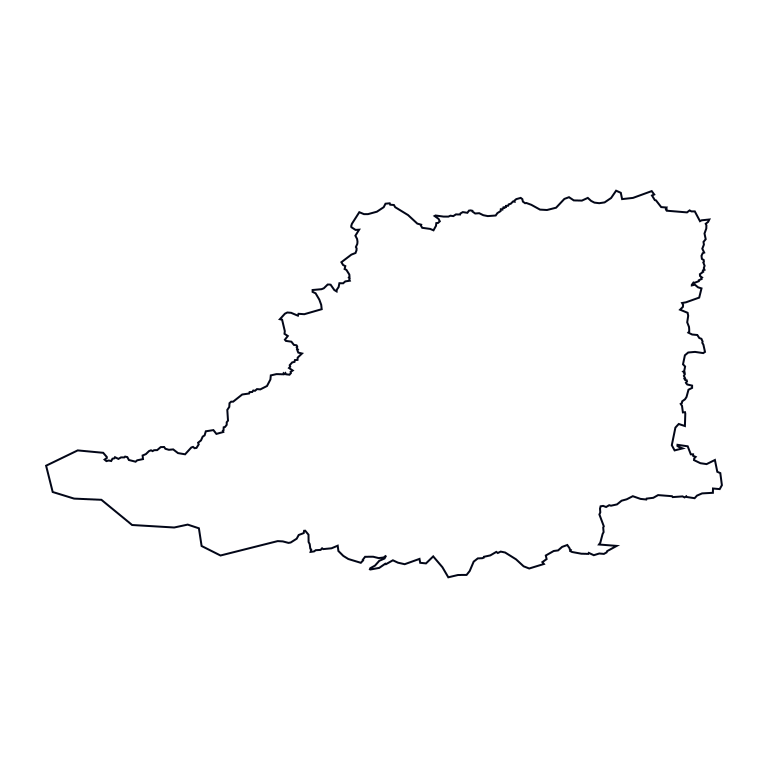 Tuam Lea-7, Galway, Ireland
{"feature_id": "5873133B37999422461820", "entity_name": "Tuam Lea-7", "entity_type": "district", "adm_level": 2, "iso_a3": "IRL", "parent_name": "Ireland", "parent_adm1": "Galway", "projection": "robinson", "projection_center": [-8.881, 53.529], "detail": "fine", "context": "isolated", "style": "outline", "palette": "ink", "viewbox_px": 768, "rotation_deg": 0, "n_neighbors": 0, "source": "geoboundaries", "source_scale": "gbopen_adm2", "svg_char_len": 6123}
<svg xmlns="http://www.w3.org/2000/svg" viewBox="0 0 768 768"><path d="M672.7,497.1L682.5,496.4L684.6,497.4L686.3,496.3L686.7,497.0L694.6,498.2L697.0,495.6L702.1,493.4L712.9,492.8L713.0,488.5L719.7,489.1L721.9,485.2L720.3,473.1L717.3,471.8L714.9,460.0L706.6,464.1L700.4,463.2L694.0,460.1L694.2,458.4L695.6,456.9L693.1,455.8L693.1,454.3L690.8,454.3L687.7,446.3L677.5,444.8L677.4,445.9L678.8,446.9L682.6,448.4L674.6,450.4L671.8,445.2L675.4,427.6L678.7,424.0L684.9,426.0L685.3,413.6L685.0,412.2L682.9,412.4L682.0,405.8L680.7,403.9L681.9,403.0L682.2,401.3L685.0,399.3L686.5,397.0L688.5,389.7L692.1,387.9L692.1,385.6L687.3,384.5L686.3,383.4L685.9,382.7L687.0,381.5L686.7,380.3L685.2,380.0L684.4,378.7L685.1,378.3L683.9,375.9L684.9,374.0L683.9,372.8L684.5,372.2L683.4,371.5L684.2,371.1L685.1,366.5L683.0,364.3L684.9,355.3L688.2,352.5L695.0,351.9L703.2,353.1L705.0,351.9L703.4,344.7L702.3,342.8L702.6,341.5L701.4,338.8L699.3,338.0L697.3,335.0L692.1,334.5L688.3,332.6L689.2,331.5L689.2,329.2L689.0,326.9L687.2,322.3L688.2,315.8L687.6,312.8L680.1,309.7L682.9,306.9L683.1,304.8L682.1,303.0L686.0,302.3L699.2,297.6L701.5,288.4L698.0,287.3L694.9,284.7L691.8,285.4L691.8,284.9L693.5,282.5L694.5,282.8L698.8,281.2L698.8,280.3L701.6,279.0L701.3,278.0L702.0,277.5L700.0,275.9L699.9,274.2L703.2,271.8L702.7,271.1L703.1,270.2L704.5,269.8L703.8,268.1L704.6,265.8L703.3,262.4L703.9,261.8L703.7,260.0L701.9,258.9L701.5,255.8L702.7,253.2L704.2,252.6L702.3,248.7L703.9,244.6L703.5,241.9L705.7,239.2L704.5,233.5L706.3,228.5L706.4,225.3L705.7,223.8L708.1,221.9L709.3,219.5L701.6,220.3L700.0,221.2L694.8,211.4L691.4,211.4L689.6,210.4L687.0,212.4L666.7,210.7L666.0,209.6L666.6,209.0L665.9,208.3L666.4,207.5L661.2,207.1L656.0,200.4L654.8,200.1L652.0,195.5L654.2,194.5L651.7,191.1L633.0,197.9L622.1,199.1L620.8,192.8L616.1,190.7L611.1,198.0L604.6,202.4L599.2,203.2L594.4,202.6L591.1,200.9L587.8,197.9L581.9,200.6L573.8,200.4L569.0,197.2L564.4,198.9L556.1,207.7L547.0,210.0L540.0,209.6L531.3,204.8L526.4,203.0L525.1,203.2L522.9,201.6L522.3,199.1L520.7,197.9L516.3,199.1L514.4,200.7L514.6,201.7L513.0,201.5L510.8,203.7L508.7,204.4L508.2,205.7L506.0,205.9L506.0,207.0L503.9,207.3L504.2,208.0L502.6,208.4L502.4,209.6L500.8,209.3L500.6,211.1L497.4,213.1L495.7,215.5L487.8,216.1L483.3,215.2L479.2,213.2L475.2,213.5L472.4,211.5L472.4,210.8L470.7,210.4L469.0,210.6L467.4,212.8L462.8,212.1L460.4,213.5L460.1,214.5L455.9,214.4L453.3,216.1L450.4,215.7L448.4,216.6L443.6,216.6L435.5,215.5L434.6,216.0L438.5,218.8L439.8,221.3L438.1,222.9L436.3,223.1L436.0,225.8L433.5,230.3L430.1,228.9L422.2,227.8L420.9,225.6L421.2,224.7L417.3,223.6L408.1,215.1L395.2,207.2L393.9,205.0L390.2,204.7L389.7,203.3L385.5,203.7L383.7,207.2L376.9,211.7L368.1,214.1L363.9,214.1L359.3,212.2L351.9,223.8L351.2,226.1L351.4,227.2L355.5,229.9L359.1,229.7L355.4,235.7L357.1,239.0L357.5,241.7L357.3,243.9L355.9,247.0L356.6,248.4L356.5,250.3L355.5,253.0L351.4,254.6L341.4,262.2L343.1,265.0L345.3,266.1L344.6,269.0L346.4,269.9L349.3,274.5L349.5,276.4L348.8,277.6L349.7,278.2L349.3,279.5L349.8,280.7L345.3,281.4L343.1,283.3L339.4,283.2L338.6,287.1L336.8,289.7L336.6,291.4L334.3,290.0L330.6,284.7L329.2,284.5L327.7,284.5L323.8,288.3L321.5,289.2L312.6,290.0L312.6,291.9L315.6,293.3L319.3,299.6L321.2,304.8L321.7,309.2L304.3,314.2L298.5,313.8L297.9,315.7L291.1,312.8L287.3,312.5L284.9,313.7L279.9,319.2L282.1,319.7L284.8,331.1L284.5,333.8L287.8,336.0L284.9,339.7L285.9,340.9L291.4,341.7L293.9,344.9L296.5,345.3L297.2,346.4L296.7,347.5L297.3,348.2L297.0,349.2L297.9,349.7L297.4,350.5L298.3,352.6L302.0,353.5L297.7,357.6L297.5,359.9L294.9,360.1L294.5,361.9L292.2,362.4L289.7,365.2L290.2,366.7L289.0,368.0L292.7,370.5L290.6,371.9L290.9,373.1L289.5,374.7L286.0,374.3L285.4,373.1L284.5,374.0L283.6,373.3L283.3,374.3L276.5,374.1L270.8,375.4L270.4,379.5L267.0,386.0L260.3,389.4L257.0,389.1L255.0,390.8L253.3,390.5L252.2,392.0L249.6,392.1L249.1,393.5L242.2,394.5L233.1,401.7L231.1,401.7L229.5,403.2L229.3,406.9L227.3,409.9L228.0,420.6L226.7,422.3L226.7,424.8L225.1,426.9L223.7,427.3L223.5,430.4L222.9,430.7L223.3,432.0L216.4,433.9L213.4,430.1L205.8,431.3L204.6,435.4L202.7,436.6L201.0,440.4L198.1,442.7L198.7,444.4L196.5,447.9L194.6,448.2L193.0,446.9L191.3,447.5L185.1,454.3L178.0,453.1L173.2,449.4L168.9,449.8L165.4,448.8L164.1,447.0L160.7,447.1L157.2,450.1L154.1,450.2L152.6,451.1L151.0,450.3L149.0,451.1L145.9,454.1L142.6,455.5L143.0,459.1L137.2,460.3L135.6,461.7L128.9,460.0L127.3,457.1L125.1,456.6L124.3,457.4L121.0,457.4L118.4,458.9L115.0,457.2L114.4,458.3L112.5,458.7L111.2,461.0L108.8,460.5L106.4,461.1L104.6,459.6L106.8,458.0L106.8,457.0L103.2,452.8L77.7,450.4L46.1,465.7L52.7,492.0L74.1,498.6L101.4,499.8L132.1,525.0L174.2,527.5L187.7,524.6L198.9,528.3L201.6,546.0L220.5,555.5L277.7,541.1L282.8,541.4L288.5,542.9L290.7,542.5L296.7,538.7L298.7,535.0L303.7,533.1L304.1,530.8L305.2,530.7L308.5,534.7L308.6,542.0L309.7,544.1L310.3,548.7L311.2,549.5L310.6,551.9L314.1,551.4L315.7,550.2L320.6,549.9L322.1,548.3L323.2,549.1L331.5,548.3L337.7,545.7L338.4,551.0L343.3,555.9L348.3,559.0L360.8,562.8L363.1,560.4L362.8,559.8L365.1,556.8L373.0,556.7L378.7,558.1L383.7,557.5L386.1,555.6L384.5,558.5L379.3,560.8L375.0,565.6L370.3,568.2L369.9,569.3L370.4,569.5L379.2,567.9L385.3,563.7L385.9,564.2L392.9,560.3L398.0,562.7L404.7,564.2L419.5,558.9L420.2,562.8L426.0,563.4L433.2,556.4L442.4,567.2L448.3,577.3L458.0,575.0L466.6,574.9L469.7,571.0L473.7,561.6L477.8,558.4L482.3,558.2L483.8,557.6L483.9,556.8L490.3,555.4L496.3,551.9L497.8,553.0L500.7,551.6L505.1,552.5L516.0,559.3L523.6,566.3L529.2,568.5L543.9,564.0L542.4,562.1L546.6,559.1L545.8,555.5L553.7,551.0L558.1,550.4L562.1,546.9L567.3,545.0L569.7,548.5L569.9,549.8L570.8,550.1L570.3,551.1L572.1,552.0L581.3,553.7L588.3,553.9L588.8,552.9L593.8,555.2L599.3,553.5L603.9,553.9L606.6,552.4L607.2,551.1L616.7,545.9L599.0,544.5L600.3,542.7L602.6,534.0L603.6,532.1L603.2,527.5L603.8,526.3L599.4,514.5L600.3,512.3L600.0,508.7L600.6,506.3L603.1,505.9L606.1,507.0L609.2,505.2L611.0,505.7L617.0,504.4L621.6,500.7L626.7,499.3L632.8,496.2L640.5,498.9L646.3,499.5L646.6,498.6L653.3,497.8L658.1,495.1L672.0,496.2L672.7,497.1Z" fill="none" stroke="#020617" stroke-width="2"/></svg>